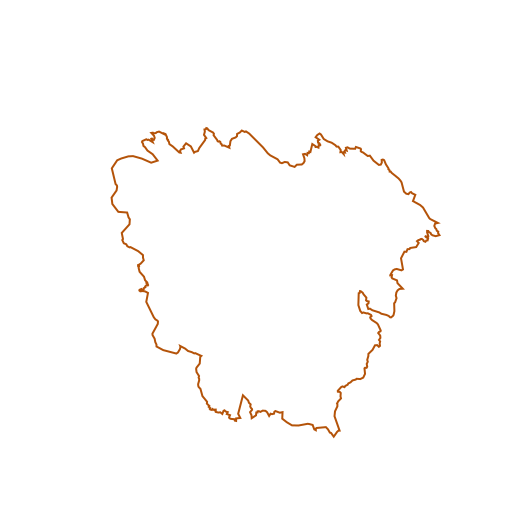 the district of Jesús María, Jalisco, Mexico, rotated 305°
{"feature_id": "50627088B74441524279914", "entity_name": "Jesús María", "entity_type": "district", "adm_level": 2, "iso_a3": "MEX", "parent_name": "Mexico", "parent_adm1": "Jalisco", "projection": "equal_earth", "projection_center": [-102.134, 20.649], "detail": "fine", "context": "isolated", "style": "outline", "palette": "amber", "viewbox_px": 512, "rotation_deg": 305, "n_neighbors": 0, "source": "geoboundaries", "source_scale": "gbopen_adm2", "svg_char_len": 6142}
<svg xmlns="http://www.w3.org/2000/svg" viewBox="0 0 512 512"><g transform="rotate(305 256 256)"><path d="M284.0,97.2L283.2,99.0L281.6,100.7L281.5,102.7L280.1,106.6L280.1,113.0L277.7,120.7L272.3,116.6L270.3,106.6L267.3,98.0L264.4,94.3L258.6,89.7L254.8,87.4L245.1,87.6L234.4,99.7L234.0,101.6L233.0,102.6L229.7,104.2L221.0,104.2L216.2,108.5L213.2,117.9L217.7,125.5L214.5,129.5L213.7,131.6L209.4,134.2L197.9,132.8L193.6,137.3L192.4,137.3L190.6,140.4L191.2,143.0L190.2,145.0L190.4,146.5L190.6,147.6L191.3,148.1L192.4,156.7L191.9,162.9L189.8,164.4L188.1,166.5L183.6,165.9L181.5,165.0L181.2,165.4L180.8,164.7L180.1,165.2L180.2,166.2L179.1,166.5L176.3,169.7L174.8,176.1L172.5,179.1L172.0,181.9L171.1,181.7L171.0,183.3L170.3,184.3L169.8,184.3L169.2,183.0L167.5,182.7L167.0,183.3L165.3,182.5L164.4,183.1L163.0,183.1L163.3,181.1L161.5,180.0L160.8,180.3L160.7,181.5L162.4,183.4L163.4,185.6L163.8,188.7L155.5,192.4L147.2,207.4L146.4,209.9L146.5,212.5L146.1,213.3L144.0,214.5L133.0,215.7L131.9,216.6L130.1,220.4L127.7,222.9L126.4,225.2L124.8,226.4L125.7,234.0L130.4,246.7L132.2,247.4L136.1,247.1L138.2,246.3L138.8,245.5L139.5,251.0L139.2,254.8L140.4,258.5L140.8,261.3L141.6,262.0L142.8,268.5L141.4,268.2L135.6,271.6L130.4,271.3L129.2,271.7L126.8,273.9L125.0,278.2L123.4,278.8L122.8,279.9L121.5,280.8L117.8,282.1L116.4,283.3L115.8,284.2L115.3,286.7L110.5,292.5L108.5,299.6L106.9,300.4L106.4,303.8L105.3,303.8L105.2,305.7L104.2,305.8L104.0,306.6L104.6,308.2L105.7,308.1L105.8,310.3L106.5,310.3L107.1,311.1L105.2,312.5L106.2,315.0L107.5,316.4L107.3,319.0L110.6,318.2L111.5,318.7L111.2,320.3L111.9,322.4L109.8,322.7L110.7,326.0L108.4,326.5L107.9,327.3L108.2,328.9L109.9,331.9L109.0,333.1L109.5,334.3L111.6,332.9L114.3,336.0L116.5,331.9L134.4,325.2L133.1,332.5L131.7,334.4L131.4,336.7L129.5,337.5L128.7,338.8L128.4,340.4L127.8,341.0L124.7,340.7L123.0,343.6L120.7,345.5L125.5,347.4L128.0,346.0L128.7,347.0L129.7,346.4L130.5,347.3L130.8,349.0L133.2,350.2L134.6,352.6L134.4,354.7L132.5,358.5L135.2,358.4L135.6,359.8L137.2,361.2L138.9,360.4L140.1,360.8L141.3,365.4L143.3,367.3L137.8,370.8L137.5,376.6L137.9,382.6L141.5,388.0L148.2,394.6L148.9,396.0L150.1,399.3L147.4,403.2L147.6,404.9L148.9,404.0L149.9,404.3L155.9,411.4L155.3,414.4L153.7,417.8L154.1,419.0L152.6,423.3L158.5,423.3L160.2,423.7L160.9,424.6L169.8,412.2L174.1,409.8L179.5,408.9L181.4,407.6L181.6,407.0L184.1,406.7L188.1,407.3L189.5,405.7L192.4,404.0L192.7,402.6L191.8,400.9L192.5,400.3L197.7,401.0L198.8,401.7L199.3,403.7L200.9,403.7L203.1,404.9L204.6,404.7L206.7,405.9L209.4,406.4L212.0,408.6L213.1,408.8L215.0,412.0L217.9,413.6L222.0,412.9L226.2,409.3L226.9,409.4L227.8,410.7L229.1,410.6L231.1,408.6L233.5,408.2L234.7,406.7L238.5,405.4L240.3,404.2L245.9,405.3L251.1,404.7L252.5,406.4L252.1,408.7L253.5,409.1L255.4,407.4L257.2,406.7L257.8,404.9L260.2,404.9L261.6,403.8L262.1,403.3L263.0,400.3L264.2,400.3L265.7,401.2L266.5,400.9L269.9,395.1L270.3,393.3L270.1,387.7L270.5,385.7L271.3,384.7L273.1,385.1L273.7,384.0L273.2,380.4L272.4,379.5L271.3,376.3L270.1,375.6L270.8,372.9L274.5,368.0L284.4,361.5L285.1,362.1L286.9,361.3L287.2,362.0L287.1,364.5L286.3,366.1L285.2,370.3L282.8,371.6L282.7,372.7L283.4,374.4L281.7,375.3L279.8,374.6L277.0,378.4L278.2,379.5L278.3,382.4L280.5,389.4L280.6,391.8L282.5,396.6L283.0,399.1L282.7,400.9L283.1,401.8L285.3,402.5L286.6,402.5L290.2,401.0L296.5,396.3L297.9,396.5L302.1,395.3L303.7,393.3L306.6,391.9L309.1,391.7L311.3,392.4L313.4,395.0L314.9,387.5L316.9,385.5L315.8,380.5L316.3,379.3L318.3,378.4L317.2,377.1L317.6,376.9L322.8,376.5L324.6,377.3L326.1,378.7L327.7,383.4L329.3,384.1L337.3,376.1L344.7,375.1L345.7,376.8L348.5,376.2L349.7,377.8L351.0,377.7L355.2,382.1L360.0,381.8L360.5,379.4L362.2,379.9L363.3,381.0L364.1,381.0L365.1,382.0L365.0,383.9L364.4,384.9L364.8,386.6L366.5,386.7L367.2,387.6L369.4,386.8L369.6,386.3L368.9,385.3L369.2,382.9L370.2,385.6L371.1,385.8L373.5,382.6L374.7,381.8L375.3,382.8L374.8,383.7L375.0,385.8L374.2,387.1L374.2,388.7L375.3,391.8L378.3,394.3L379.2,392.0L380.5,391.3L380.4,389.6L381.5,388.2L381.6,387.0L382.9,384.8L385.3,384.1L387.4,386.0L386.2,377.6L386.4,376.2L391.5,365.0L391.9,361.2L391.0,353.1L397.5,351.4L396.9,347.9L397.3,346.3L396.1,345.5L394.1,345.4L393.2,343.3L393.6,340.3L399.8,333.0L400.6,331.1L401.3,328.3L401.9,319.4L402.4,318.0L401.8,317.1L402.8,316.3L403.0,314.7L403.7,314.4L405.6,309.8L408.0,306.0L407.8,304.6L406.8,303.8L404.7,305.5L402.4,305.8L401.1,304.4L401.5,297.6L403.5,291.7L402.0,290.2L402.2,284.3L401.8,282.6L402.0,281.6L403.7,280.8L404.0,280.0L402.6,275.3L400.7,275.7L397.8,271.3L397.5,268.6L396.2,267.6L394.4,269.8L394.1,268.5L392.6,268.4L391.8,269.5L391.3,268.3L390.7,268.2L389.8,269.2L390.4,266.5L389.5,265.6L391.4,264.6L392.8,260.7L391.8,259.2L392.3,257.6L392.2,253.0L391.0,248.9L390.7,244.4L392.8,239.5L392.8,237.8L390.2,236.8L387.5,236.7L387.5,241.2L385.8,240.6L384.4,241.9L384.7,243.2L383.8,245.0L383.2,244.9L382.7,243.8L380.6,245.0L380.3,243.4L379.5,242.3L380.1,241.8L380.0,237.9L372.4,240.9L372.1,239.7L370.6,240.3L370.0,239.1L367.9,240.1L367.8,237.6L366.3,236.2L363.8,239.6L361.6,241.4L359.4,241.6L357.2,241.0L354.2,237.1L351.1,236.5L349.6,231.6L350.9,228.3L349.5,225.6L346.9,224.0L346.3,222.2L347.6,218.2L346.6,209.9L346.9,206.7L349.0,199.4L352.4,180.2L352.3,176.3L351.2,175.7L350.6,172.4L347.8,171.9L345.2,170.5L343.2,171.7L341.4,171.3L338.2,169.1L335.4,169.2L331.5,171.2L330.6,170.6L329.4,172.0L328.3,166.7L327.0,164.9L327.9,163.6L327.8,162.6L329.0,161.3L329.0,160.2L328.2,159.7L328.0,158.8L328.8,157.5L330.6,152.0L332.0,151.4L332.5,150.0L331.9,145.0L332.6,142.8L332.3,141.9L331.2,142.2L330.1,141.2L328.5,142.8L325.4,143.9L324.1,147.6L323.1,147.1L321.8,147.8L312.0,147.6L308.6,148.2L306.3,146.3L305.1,146.0L308.4,139.8L308.2,134.1L304.0,133.8L302.9,135.3L300.3,133.4L298.4,133.5L297.4,135.0L296.8,133.8L298.0,125.0L298.0,120.9L299.8,118.9L300.0,117.5L300.8,117.2L300.9,115.8L302.3,114.9L304.0,111.9L303.6,110.3L303.1,110.7L302.3,105.2L300.3,103.6L299.2,103.4L297.8,101.8L297.9,100.8L296.8,99.7L296.0,103.5L294.6,105.3L292.5,105.7L292.1,104.9L292.5,103.4L292.0,103.0L290.0,106.1L289.7,101.3L288.8,100.5L288.7,99.2L285.0,97.0L284.0,97.2Z" fill="none" stroke="#b45309" stroke-width="2"/></g></svg>